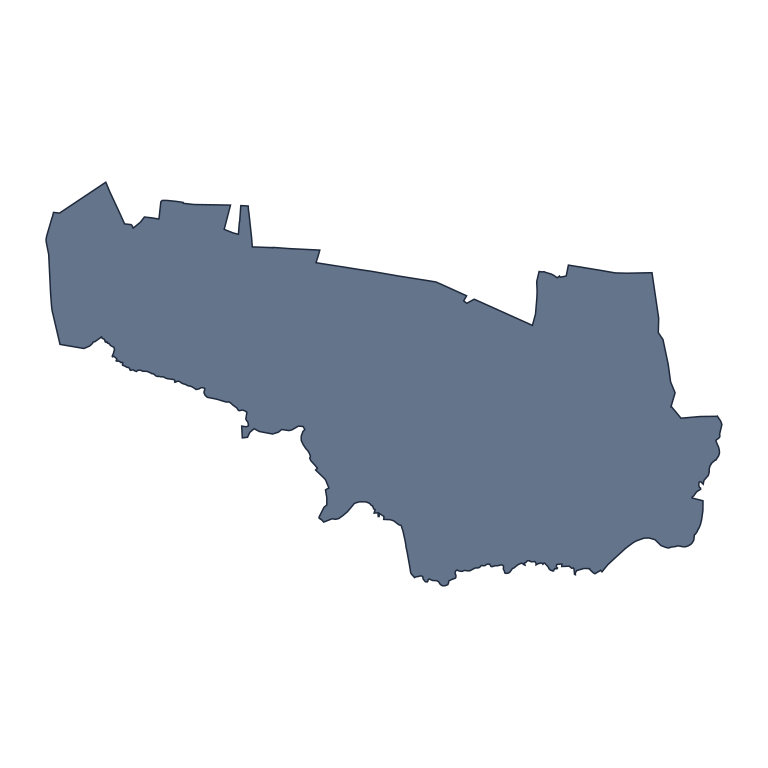 El Salto, Jalisco, Mexico
{"feature_id": "50627088B25488559154572", "entity_name": "El Salto", "entity_type": "district", "adm_level": 2, "iso_a3": "MEX", "parent_name": "Mexico", "parent_adm1": "Jalisco", "projection": "orthographic", "projection_center": [-103.259, 20.539], "detail": "fine", "context": "isolated", "style": "filled", "palette": "slate", "viewbox_px": 768, "rotation_deg": 0, "n_neighbors": 0, "source": "geoboundaries", "source_scale": "gbopen_adm2", "svg_char_len": 6114}
<svg xmlns="http://www.w3.org/2000/svg" viewBox="0 0 768 768"><path d="M717.3,416.1L717.1,416.3L700.4,416.5L681.0,418.2L671.4,406.6L671.0,406.7L675.1,392.8L670.6,381.9L668.2,364.3L663.0,339.6L658.3,332.6L658.7,318.3L652.0,272.7L627.0,273.2L615.2,272.9L600.9,270.4L568.4,265.1L566.2,276.0L560.3,277.2L559.5,276.0L557.2,277.8L553.8,275.4L551.4,274.1L545.4,272.3L544.1,271.7L541.8,271.9L539.1,271.5L536.7,281.6L537.1,290.9L536.9,297.4L535.5,314.1L532.4,325.4L474.2,299.2L466.8,303.3L463.7,300.9L466.6,295.8L436.1,282.0L397.9,275.9L371.5,271.3L359.8,269.6L316.0,262.7L318.1,256.2L319.8,250.1L289.3,248.6L273.1,247.4L273.0,247.8L272.1,247.9L271.9,247.6L252.3,246.9L251.6,237.7L248.8,211.9L248.6,211.5L248.2,206.0L240.8,205.6L239.7,221.2L239.4,222.0L238.4,234.3L232.7,232.8L224.2,229.4L230.5,205.1L193.8,204.5L183.2,203.3L183.1,202.4L175.7,201.3L166.6,200.4L162.3,200.4L161.0,201.5L160.8,202.2L159.0,218.5L158.7,219.0L152.2,217.9L144.4,217.0L140.4,222.2L133.2,228.1L132.3,226.1L131.7,225.1L131.0,224.6L124.6,223.9L119.3,212.2L109.7,191.6L105.8,182.2L59.5,213.1L53.5,212.4L52.5,216.6L52.0,217.8L46.8,235.5L46.1,238.9L46.1,241.3L48.7,254.6L50.6,293.7L51.5,305.6L52.0,310.1L60.0,344.4L83.9,348.5L89.5,346.1L92.1,343.8L92.8,342.9L93.1,342.1L94.9,341.7L101.6,336.9L101.9,338.0L102.3,338.4L104.4,339.4L104.7,339.9L104.9,341.1L105.6,342.2L106.1,342.2L106.8,341.8L107.2,341.9L107.5,343.1L109.1,343.6L110.2,345.1L111.1,345.9L113.8,347.2L114.5,349.4L113.4,353.4L112.2,356.2L112.3,356.6L112.5,356.8L113.7,356.4L114.3,356.6L116.3,358.4L116.9,359.4L116.1,360.7L116.2,360.9L116.7,361.2L118.7,361.1L119.9,361.7L120.6,362.5L121.2,362.5L121.7,362.3L122.8,362.7L122.4,364.9L122.7,365.3L124.5,365.9L127.1,367.4L128.0,367.4L129.0,367.9L129.7,368.6L129.8,369.6L130.2,370.2L130.7,370.4L132.7,369.8L133.8,370.2L134.5,370.8L136.5,371.5L137.8,370.3L138.8,370.2L140.6,370.2L142.5,371.2L147.1,371.4L150.8,373.0L151.2,373.4L151.9,373.7L153.3,373.7L155.9,375.9L156.6,376.2L157.7,376.5L159.1,376.4L161.4,376.9L163.3,376.8L165.6,378.1L167.7,378.8L170.1,379.0L173.7,379.6L174.4,380.0L174.9,380.6L174.6,382.0L174.9,382.3L177.9,381.2L178.9,381.3L180.2,381.9L181.6,383.1L183.8,384.0L185.5,384.4L187.5,385.6L189.1,386.0L190.6,386.2L191.9,386.8L194.4,388.2L196.0,389.5L199.0,388.9L200.9,387.8L201.9,387.6L204.4,388.2L204.9,388.8L204.7,389.8L204.2,391.0L204.0,392.9L205.2,395.4L207.3,397.3L216.3,399.1L225.3,401.8L227.1,402.1L228.6,401.8L231.1,403.3L232.5,404.8L236.7,407.8L238.0,409.9L239.1,410.7L240.4,410.5L241.3,410.2L242.8,410.1L244.7,410.8L246.9,412.3L245.8,419.0L246.8,420.9L247.9,422.1L248.5,425.7L246.5,426.8L241.7,426.1L242.3,437.9L247.5,437.3L249.8,432.4L254.1,428.7L259.3,431.5L272.6,434.0L278.4,432.2L281.7,429.5L289.0,430.6L292.1,429.8L298.4,426.1L303.1,426.5L304.8,429.6L302.9,431.5L301.2,436.2L301.2,440.3L303.0,444.3L305.8,448.6L307.6,450.5L309.1,452.9L310.5,456.2L309.7,458.2L310.9,460.8L315.0,465.3L317.4,468.2L315.6,470.0L324.8,478.9L325.7,480.2L328.9,488.0L326.2,489.4L325.5,490.0L326.8,497.7L326.8,504.9L323.9,507.4L319.0,517.2L319.3,518.4L320.4,518.8L320.3,519.0L321.8,520.0L323.7,522.1L331.3,519.1L332.3,518.8L335.5,519.3L338.7,518.6L342.9,515.6L347.5,511.7L354.5,503.3L359.4,501.8L366.1,501.9L369.6,503.4L371.4,505.5L372.5,505.7L373.6,508.8L375.1,509.6L374.1,513.1L378.0,512.8L378.2,516.5L379.1,516.5L379.2,513.4L384.0,516.5L383.7,519.4L390.2,519.7L393.7,520.8L398.3,524.4L399.7,525.1L400.7,525.2L401.4,525.9L401.7,527.4L402.9,530.8L405.0,540.3L405.9,545.2L406.0,547.0L407.1,551.9L409.8,567.0L410.5,571.7L411.0,573.5L412.7,575.6L414.1,576.9L414.4,577.6L416.4,576.7L418.1,576.6L419.4,576.1L421.1,575.9L422.3,576.3L422.9,577.0L422.9,578.2L423.2,579.1L425.1,581.5L426.0,581.9L427.3,581.9L428.0,580.9L428.1,579.7L428.8,579.1L429.8,579.1L431.0,579.9L433.1,580.6L436.1,580.6L437.4,581.0L438.8,582.0L439.7,583.7L441.4,585.3L442.8,585.8L444.9,585.8L447.8,584.7L448.5,583.1L448.7,581.1L451.0,579.8L455.3,578.2L455.9,577.3L455.9,575.3L455.1,573.1L455.2,572.0L455.7,571.0L457.1,570.0L458.5,570.8L460.8,571.3L462.1,571.4L463.9,570.6L465.3,570.4L466.4,570.7L468.6,570.9L469.8,570.8L475.1,568.0L478.0,567.9L479.6,567.4L481.1,565.7L482.1,565.5L483.5,565.8L484.9,565.6L486.7,564.4L487.8,564.1L489.8,564.3L490.8,566.3L491.7,566.7L493.7,566.3L494.5,565.9L495.6,565.7L497.5,565.8L501.5,564.8L502.0,565.0L502.7,565.3L503.6,566.2L503.3,568.8L503.5,569.5L504.3,570.8L504.7,572.8L505.4,573.3L506.8,573.3L508.2,573.1L509.4,572.5L510.1,571.8L512.5,568.5L513.9,568.0L517.7,564.9L520.7,563.4L521.8,563.3L522.8,563.7L523.5,564.5L525.0,565.1L524.4,563.1L526.0,562.3L527.2,560.9L528.5,560.7L529.3,560.8L529.7,561.2L530.2,561.1L531.1,561.8L532.1,561.8L534.7,561.5L536.0,563.1L536.0,564.9L537.9,563.8L540.9,563.0L542.2,563.3L542.9,564.3L544.0,563.1L544.7,563.2L548.1,566.8L549.2,569.1L550.8,570.3L552.5,570.9L552.5,570.6L553.7,570.8L553.8,570.0L554.7,568.6L556.8,568.9L557.5,568.0L556.3,567.0L556.6,564.7L557.7,564.3L561.9,564.0L561.7,566.5L569.2,566.2L571.7,568.3L573.3,567.9L574.0,568.8L574.5,574.3L575.4,574.7L575.3,573.0L576.7,570.6L583.8,568.5L589.5,568.6L589.4,569.1L591.5,571.2L592.8,572.4L594.3,573.5L594.9,573.7L595.6,573.5L596.2,572.9L599.9,570.9L600.6,570.3L602.0,571.8L607.7,564.8L614.8,558.2L625.5,548.4L632.7,543.0L635.5,541.3L638.8,540.0L644.2,538.1L649.1,538.0L655.0,539.7L660.9,545.5L665.4,547.3L667.8,547.9L669.1,547.9L671.4,547.0L673.0,546.9L676.3,546.4L677.0,546.0L678.4,545.9L683.2,546.8L685.5,546.8L688.4,545.8L690.9,544.3L692.2,542.9L693.6,540.6L693.9,539.5L694.3,535.1L694.7,534.6L695.3,534.3L697.4,531.2L697.8,529.7L698.0,529.7L699.1,527.9L700.4,524.6L701.6,519.9L702.9,510.7L703.0,500.8L692.1,498.0L692.3,496.9L693.7,495.9L696.6,491.8L700.6,489.3L700.6,488.2L699.2,487.0L698.8,484.9L698.8,483.8L699.3,482.0L700.2,481.7L701.0,482.0L703.2,484.2L703.9,480.5L708.3,475.4L709.2,472.3L709.3,468.2L709.8,467.1L709.8,466.2L710.2,465.5L711.0,464.6L711.3,463.5L714.9,460.3L715.7,460.2L716.5,459.3L716.8,458.5L718.3,456.5L719.0,454.8L719.5,452.9L719.3,450.1L718.7,447.4L716.8,443.1L715.8,440.4L717.1,439.3L718.5,438.5L719.7,437.0L719.9,435.7L719.6,434.2L721.9,424.5L720.7,421.1L717.3,416.1Z" fill="#64748b" stroke="#1e293b" stroke-width="1.5"/></svg>